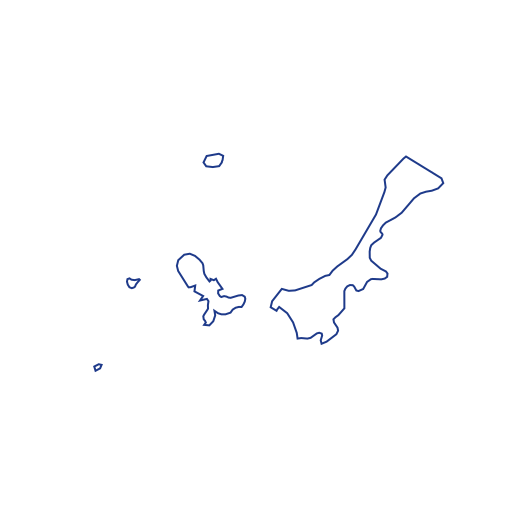 map outline of Livorno (Albers equal-area conic projection), rotated 56°
{"feature_id": "ITA-5380", "entity_name": "Livorno", "entity_type": "Province", "adm_level": 1, "iso_a3": "ITA", "parent_name": "Italy", "parent_adm1": "", "projection": "albers", "projection_center": [10.397, 42.98], "detail": "fine", "context": "isolated", "style": "outline", "palette": "blue", "viewbox_px": 512, "rotation_deg": 56, "n_neighbors": 0, "source": "natural_earth", "source_scale": "10m", "svg_char_len": 2452}
<svg xmlns="http://www.w3.org/2000/svg" viewBox="0 0 512 512"><g transform="rotate(56 256 256)"><path d="M347.7,267.7L342.5,265.2L331.8,262.4L320.9,262.1L311.2,265.3L312.2,268.4L312.9,269.6L306.7,272.5L302.5,267.9L297.7,253.0L303.2,248.3L306.4,242.8L311.2,226.1L310.4,222.5L310.4,216.2L311.2,209.7L312.8,205.8L311.0,200.6L310.1,194.3L309.7,182.0L308.7,175.9L306.2,169.8L288.7,133.3L274.8,113.8L271.7,110.2L264.6,106.7L262.6,102.0L257.7,79.2L257.4,76.0L295.3,58.8L300.3,60.0L301.8,67.2L300.2,73.7L297.8,79.0L296.1,84.8L296.5,92.7L301.6,111.1L302.0,118.9L300.9,129.7L301.6,133.5L302.9,136.9L304.7,139.0L305.8,139.3L308.1,138.9L309.1,139.2L310.8,142.2L310.9,150.5L311.5,154.4L313.2,156.8L315.9,159.3L321.1,162.7L324.3,163.1L336.2,159.8L341.5,156.9L344.1,156.8L346.6,158.9L346.7,161.9L345.4,165.2L340.2,172.2L339.5,173.7L339.6,178.4L343.3,185.6L342.4,190.6L340.7,192.1L336.3,191.7L334.3,192.1L332.6,194.4L332.2,197.3L333.0,200.1L334.5,202.4L348.8,212.0L350.2,217.3L351.1,220.8L351.2,224.3L351.8,227.2L354.7,228.5L361.0,228.5L363.8,229.7L365.8,233.1L366.5,245.4L365.4,250.7L362.1,249.5L358.9,245.6L357.1,244.9L355.0,246.5L354.2,248.8L354.4,256.5L353.2,259.6L349.3,264.4L347.7,267.7ZM290.2,296.5L288.6,298.7L287.5,301.8L287.4,305.3L288.7,308.8L287.3,313.9L285.1,317.2L282.2,319.5L278.2,321.1L282.4,323.0L286.2,327.9L287.4,333.5L284.1,337.5L283.1,334.8L281.4,334.5L279.2,334.7L276.5,333.4L275.6,331.8L273.4,326.4L272.8,325.2L269.9,323.4L266.9,320.7L264.1,320.7L261.6,327.3L259.6,322.2L250.9,326.8L246.5,322.9L245.3,327.6L244.3,329.4L243.1,329.5L224.9,328.9L219.9,327.1L216.0,322.8L214.8,314.8L217.1,309.6L221.8,306.5L227.4,304.9L232.1,304.4L234.3,305.0L239.2,307.7L241.9,308.8L245.9,309.1L251.1,308.8L250.9,307.3L250.7,307.0L250.4,307.0L249.6,306.5L252.5,304.5L252.5,302.2L252.5,301.9L256.3,302.4L264.5,302.2L263.5,306.6L265.8,308.3L269.0,308.4L270.6,307.7L271.4,304.9L273.1,303.2L275.1,302.0L276.5,300.4L278.9,292.7L280.6,289.4L283.4,288.1L285.5,288.8L287.5,290.8L289.1,293.5L290.2,296.5ZM157.7,230.0L158.1,230.6L158.6,231.4L159.3,232.0L160.9,236.3L158.1,242.1L153.8,247.1L149.1,247.2L145.5,241.0L150.5,229.6L154.6,227.2L157.7,230.0ZM212.4,371.4L213.4,372.9L213.8,373.7L213.8,375.0L213.2,377.0L211.1,378.4L208.0,378.3L205.1,377.3L203.3,375.5L203.8,373.4L206.0,372.5L208.2,370.0L209.8,365.9L210.8,365.7L211.6,368.9L212.4,371.4ZM257.8,446.9L259.9,444.9L262.0,448.1L261.4,453.2L257.2,451.9L257.8,446.9Z" fill="none" stroke="#1e3a8a" stroke-width="2"/></g></svg>